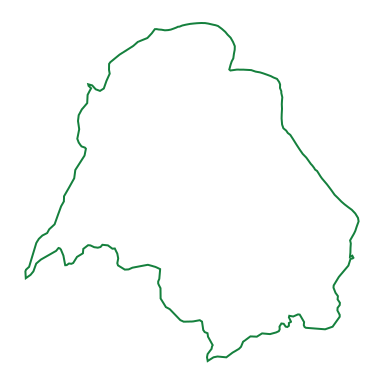 Yomou, Yomou, Guinea
{"feature_id": "49546643B93814621089544", "entity_name": "Yomou", "entity_type": "district", "adm_level": 2, "iso_a3": "GIN", "parent_name": "Guinea", "parent_adm1": "Yomou", "projection": "mercator", "projection_center": [-9.137, 7.537], "detail": "fine", "context": "isolated", "style": "outline", "palette": "green", "viewbox_px": 384, "rotation_deg": 0, "n_neighbors": 0, "source": "geoboundaries", "source_scale": "gbopen_adm2", "svg_char_len": 4193}
<svg xmlns="http://www.w3.org/2000/svg" viewBox="0 0 384 384"><path d="M88.2,84.3L88.6,85.9L89.3,86.5L91.1,88.3L89.4,91.4L87.6,94.9L87.2,103.1L82.8,108.3L81.9,109.3L81.4,110.2L78.7,115.2L78.0,121.0L78.6,125.0L79.2,129.2L77.3,138.8L78.6,142.2L78.7,142.6L78.9,142.8L80.7,145.4L81.0,145.7L81.1,145.8L81.5,146.4L84.9,147.6L85.2,147.9L85.9,148.7L84.6,155.3L84.4,155.8L75.3,170.0L74.8,173.9L74.2,178.3L68.8,188.0L64.0,196.3L64.0,196.5L64.0,198.7L63.9,200.1L63.9,201.4L63.6,201.9L61.1,206.3L58.7,212.9L58.5,213.4L54.6,224.3L49.2,229.3L47.2,233.0L46.3,233.5L42.4,235.5L38.8,238.9L37.8,240.6L37.6,240.8L36.3,243.0L34.1,250.3L31.1,260.2L29.1,266.9L28.7,267.2L26.0,269.7L25.5,271.1L25.4,271.5L25.6,275.0L25.8,278.2L30.5,274.9L33.4,271.4L36.2,263.6L38.4,261.7L41.0,259.5L56.1,250.9L58.5,248.0L59.2,248.2L59.7,248.3L60.6,249.2L61.0,249.7L61.2,250.3L62.2,252.7L63.4,255.6L65.2,265.2L65.7,265.2L66.7,265.1L68.1,264.1L69.0,263.5L70.5,263.7L71.4,263.8L72.3,263.4L73.2,263.0L77.0,256.9L80.8,254.6L82.9,253.3L83.3,248.9L86.4,246.5L88.1,245.2L89.4,245.3L90.4,245.4L91.9,246.1L94.2,247.2L95.8,247.4L97.8,247.7L100.1,247.1L100.5,247.0L101.1,246.3L102.4,244.8L107.2,245.3L107.8,245.3L110.1,247.0L112.4,248.7L114.8,248.5L115.8,250.6L117.3,253.6L117.9,256.8L118.2,258.4L117.3,263.2L118.0,265.4L120.6,267.0L121.6,267.6L124.8,269.6L126.7,269.5L128.6,269.4L129.3,269.1L132.4,267.7L144.0,265.5L147.9,264.8L152.7,266.1L152.9,266.2L155.4,266.9L157.4,267.8L160.1,269.1L160.1,269.8L159.3,278.9L158.5,280.7L158.3,281.3L158.2,281.5L158.2,283.5L158.8,284.9L160.5,288.2L160.5,288.5L160.5,289.0L160.6,297.2L160.6,298.5L163.4,303.0L165.9,307.1L168.6,308.5L169.9,309.3L180.3,320.1L183.7,321.7L192.0,321.5L193.3,321.4L199.8,320.2L200.5,320.7L202.0,321.6L203.2,329.6L203.2,329.9L204.7,332.1L207.5,333.2L207.7,334.5L208.0,336.7L208.8,338.1L212.1,344.1L212.7,345.1L212.0,346.5L211.6,348.6L211.6,348.8L209.9,351.0L207.6,354.1L207.0,357.2L207.6,360.4L207.7,361.0L213.5,357.3L216.5,356.7L217.5,356.5L226.0,357.3L226.4,357.3L226.9,356.9L232.6,352.6L235.9,350.7L236.0,350.6L238.9,348.9L241.0,346.8L243.1,341.7L244.3,340.9L250.4,336.4L255.4,336.6L256.5,336.7L256.8,336.7L262.1,333.4L270.0,334.1L275.9,332.5L276.2,332.4L278.8,331.2L279.7,329.4L279.5,326.6L281.4,323.5L283.7,323.8L285.3,326.1L285.6,326.6L287.3,327.0L288.9,325.8L288.9,323.0L291.0,321.8L291.0,321.7L288.9,317.3L289.3,315.8L293.2,316.5L297.1,314.8L298.0,314.4L298.9,314.5L299.7,314.6L301.5,317.6L301.6,317.8L304.1,322.1L303.9,323.8L303.8,325.2L304.5,326.8L304.6,327.0L305.9,327.8L325.1,329.3L332.6,326.7L338.1,319.0L339.7,316.8L339.7,314.8L339.3,314.1L338.6,312.7L337.8,311.2L337.4,310.4L337.6,307.8L339.7,305.1L339.8,304.0L339.9,302.8L337.6,299.4L337.9,296.3L337.9,296.1L335.5,292.8L333.5,287.7L333.6,286.3L333.7,285.4L338.8,277.0L340.2,275.3L348.4,265.6L350.5,258.9L351.0,258.8L352.7,258.4L353.4,257.8L352.3,255.7L350.0,256.8L350.1,255.6L350.4,252.5L350.5,248.0L350.8,243.4L350.1,240.4L352.1,236.9L354.0,233.6L355.3,230.9L356.7,226.6L358.6,221.4L358.0,217.9L355.3,213.5L351.8,209.8L348.4,207.3L344.5,204.3L341.4,201.6L337.7,197.8L334.6,194.8L331.0,189.7L327.0,184.4L324.8,181.8L322.0,178.5L320.5,176.4L318.5,173.2L317.1,171.0L315.1,169.6L314.1,167.9L312.3,165.5L310.8,163.9L308.4,160.5L306.3,157.6L302.7,153.9L299.8,149.7L296.6,144.8L292.9,138.9L290.3,134.9L287.8,133.0L286.2,130.6L283.4,128.3L282.1,124.6L281.6,118.5L281.7,114.4L282.0,108.8L281.8,104.2L281.9,102.4L282.0,100.5L282.3,97.3L281.3,93.0L281.3,91.2L280.0,88.0L280.1,84.5L279.2,82.1L277.0,78.9L273.5,77.5L270.8,76.1L267.0,74.7L263.3,73.4L260.1,72.4L255.6,71.6L251.2,70.1L244.0,69.7L236.8,69.6L232.6,70.2L230.4,70.5L229.3,69.5L230.6,64.7L231.7,61.4L233.3,58.4L233.9,54.0L234.7,49.8L234.8,46.2L233.0,41.9L230.6,37.7L227.6,34.7L225.3,31.9L221.9,28.9L218.0,26.0L215.5,25.2L213.1,24.7L208.3,23.6L205.2,23.1L201.3,23.0L197.2,23.2L193.8,23.5L190.1,23.9L185.8,24.7L182.3,25.5L179.6,26.6L177.8,26.8L176.5,27.5L173.9,28.5L170.8,29.6L168.1,30.1L164.9,30.3L161.4,29.7L158.7,29.5L156.6,29.1L154.8,29.2L151.8,33.3L147.4,38.0L137.8,41.9L133.3,45.9L127.5,49.6L119.6,54.6L110.3,62.2L109.1,63.9L109.0,69.8L109.7,73.7L106.5,80.8L103.8,88.5L100.0,90.9L95.7,89.3L92.2,85.4L88.2,84.3Z" fill="none" stroke="#15803d" stroke-width="2"/></svg>